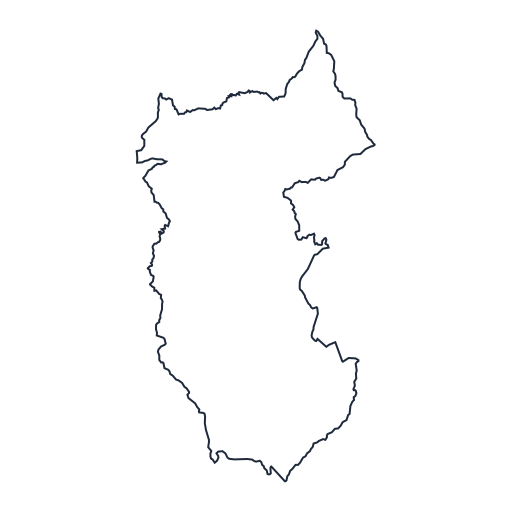 La Vega, Cundinamarca, Colombia (Natural Earth projection)
{"feature_id": "7082276B26976888039358", "entity_name": "La Vega", "entity_type": "district", "adm_level": 2, "iso_a3": "COL", "parent_name": "Colombia", "parent_adm1": "Cundinamarca", "projection": "natural_earth1", "projection_center": [-74.344, 4.982], "detail": "fine", "context": "isolated", "style": "outline", "palette": "slate", "viewbox_px": 512, "rotation_deg": 0, "n_neighbors": 0, "source": "geoboundaries", "source_scale": "gbopen_adm2", "svg_char_len": 6032}
<svg xmlns="http://www.w3.org/2000/svg" viewBox="0 0 512 512"><path d="M323.1,38.8L320.3,35.6L318.0,31.7L316.2,30.7L315.7,32.6L317.4,36.0L317.4,38.9L315.5,41.2L313.3,45.9L308.8,51.6L306.2,58.3L305.0,59.8L304.4,63.2L302.4,66.9L301.9,69.7L299.3,71.1L296.9,73.7L295.2,76.7L294.2,77.2L292.7,77.1L292.1,78.2L289.5,80.2L289.1,81.7L287.2,84.1L285.7,89.0L285.6,93.3L284.2,96.5L279.0,96.8L277.3,99.1L276.3,97.9L273.5,100.2L266.1,93.1L263.7,93.6L262.8,92.9L261.3,92.9L260.4,93.5L259.5,92.2L258.7,92.4L257.3,91.6L253.6,91.9L252.4,91.1L251.6,91.7L250.6,91.7L249.9,92.4L249.4,90.8L248.6,90.5L247.8,91.8L244.8,93.2L239.1,92.1L238.5,92.9L239.1,94.6L236.9,93.8L235.7,95.5L233.8,94.9L233.0,95.2L231.9,94.1L230.8,94.1L230.2,94.8L231.3,95.7L231.3,96.3L228.6,96.1L228.9,97.4L227.0,98.0L226.3,101.4L223.3,102.6L222.5,103.6L222.2,105.0L220.8,105.5L220.1,108.5L218.0,108.2L215.8,109.2L214.3,107.6L212.5,109.3L207.0,110.0L205.2,108.8L198.3,108.4L194.1,110.3L192.7,110.1L190.1,112.0L186.9,110.5L186.3,112.1L184.9,112.5L184.0,113.8L180.1,113.8L178.6,114.4L176.7,109.8L176.2,109.2L174.9,109.0L174.6,106.6L173.0,105.4L172.0,99.6L168.8,98.2L166.2,99.5L165.0,98.5L162.7,98.2L161.7,97.0L161.5,94.0L160.5,93.6L158.3,98.6L158.9,103.9L158.1,108.1L158.8,109.8L157.9,112.5L157.9,117.3L157.6,118.4L155.8,121.1L148.4,127.5L146.1,131.6L143.0,134.0L141.9,135.5L141.7,136.9L142.2,138.0L144.3,139.8L144.3,145.9L141.2,150.2L136.7,151.1L137.3,158.0L137.1,162.7L142.1,162.4L145.1,160.9L147.7,160.4L150.8,158.8L152.8,158.4L156.2,159.2L162.3,159.4L164.6,161.2L166.3,161.5L165.1,162.7L160.9,164.3L157.5,163.8L156.2,165.0L154.4,165.7L153.8,166.9L152.6,167.4L151.8,168.9L148.5,170.4L145.4,175.8L143.2,178.1L145.6,181.7L147.1,182.6L148.6,186.1L151.8,188.8L151.2,190.4L151.5,192.5L153.7,195.1L154.5,201.7L155.4,201.6L156.7,202.6L158.1,202.8L159.6,204.3L161.7,208.2L163.2,209.3L163.4,211.5L165.6,213.4L167.0,217.9L169.0,219.5L169.9,221.3L169.1,222.4L168.1,226.2L165.1,225.0L164.6,226.1L165.1,228.6L161.7,229.2L163.8,231.2L163.6,232.5L161.7,233.6L160.5,231.6L159.1,231.9L159.2,232.8L160.3,233.8L159.6,236.3L160.3,238.9L160.1,240.2L159.1,241.9L157.8,242.3L156.3,243.6L154.4,243.7L152.7,246.3L152.6,247.6L153.6,250.4L152.9,253.4L154.0,255.8L153.5,258.1L152.3,259.5L152.3,261.6L150.9,263.0L152.0,264.4L152.1,265.3L151.7,265.9L149.8,266.2L147.8,268.2L148.1,268.9L149.9,269.9L149.8,271.8L151.1,275.0L153.3,275.9L153.7,276.8L152.8,281.5L150.1,284.0L150.0,284.5L152.2,286.6L154.3,287.7L154.4,290.8L156.2,290.4L159.2,294.0L161.1,294.8L160.8,298.2L161.8,299.4L162.6,301.8L162.1,303.7L162.0,309.3L160.2,315.4L160.4,318.0L159.2,320.1L159.3,322.0L157.0,323.5L156.1,324.8L156.0,329.2L157.0,332.8L156.8,335.5L163.5,337.8L164.6,339.2L165.7,343.7L164.7,344.8L161.0,346.5L158.5,349.5L157.9,351.8L159.3,355.5L159.3,360.0L161.2,362.5L162.4,362.3L163.4,362.9L164.5,368.2L168.1,369.7L169.4,371.1L170.2,374.0L172.7,375.6L176.1,379.6L178.4,380.3L182.1,382.9L184.4,386.8L186.6,388.3L189.1,392.0L189.0,393.0L187.4,394.8L188.5,398.1L195.1,403.3L197.3,407.2L199.3,409.4L198.9,411.4L199.2,412.4L203.1,412.9L204.5,413.6L205.1,416.4L204.8,423.2L206.0,430.1L208.9,439.7L209.0,441.7L208.2,447.2L211.3,451.0L210.4,453.7L210.5,456.9L210.9,458.1L211.5,459.0L212.5,459.3L214.7,462.7L217.0,460.8L218.4,457.7L218.2,456.0L216.5,453.3L218.2,451.6L222.5,451.2L225.4,453.4L227.5,457.6L229.2,458.8L234.5,459.4L247.4,459.0L252.2,459.6L254.3,461.1L256.1,461.6L259.8,460.8L261.3,462.1L262.1,464.8L263.7,466.1L264.4,468.4L266.7,470.3L267.5,473.9L268.4,474.4L270.0,474.2L270.8,473.2L270.4,468.3L270.8,466.8L271.3,466.5L284.9,481.3L285.8,481.1L286.5,480.3L287.3,476.2L288.8,474.6L290.2,470.8L292.3,469.0L295.5,464.9L298.0,464.9L300.2,462.5L303.0,457.6L305.5,456.3L307.1,453.3L310.0,451.1L310.7,449.3L312.8,446.8L313.6,443.5L317.3,442.4L318.6,441.1L323.0,439.1L325.4,439.8L327.0,437.2L326.8,435.8L327.5,434.1L331.8,432.3L334.9,428.8L338.2,428.4L340.7,425.7L342.7,422.1L346.5,420.1L348.1,415.1L349.6,413.9L350.4,406.0L352.3,401.8L354.0,400.0L353.7,397.2L355.4,395.9L356.4,393.1L355.7,390.7L355.0,390.1L353.8,390.2L353.4,389.2L354.9,385.6L354.2,382.0L356.3,378.4L355.9,373.8L356.7,370.4L355.7,363.8L356.9,362.0L358.4,361.2L358.4,360.1L355.6,358.4L348.6,358.0L342.9,361.7L342.2,361.1L335.3,342.2L329.0,344.8L326.3,346.8L317.5,338.9L316.3,341.0L314.9,340.6L312.8,338.4L311.9,337.2L311.6,335.3L312.5,331.3L313.4,329.8L313.6,326.9L317.9,313.6L317.2,307.8L316.6,307.2L312.9,308.5L311.3,307.5L309.9,304.9L308.4,303.6L305.1,297.4L304.8,295.6L301.8,290.9L300.1,289.6L299.7,288.1L299.8,282.4L300.6,279.1L302.2,276.3L307.8,269.1L314.1,255.4L314.7,254.8L317.3,254.2L322.8,248.7L328.6,247.6L327.7,244.9L326.2,244.3L325.4,243.4L326.4,239.8L325.6,238.1L324.6,238.4L322.1,241.2L322.1,244.2L321.4,244.9L317.9,244.7L316.8,243.2L315.3,244.3L314.1,241.4L314.4,240.1L313.9,237.9L314.6,235.1L314.0,233.7L311.0,235.0L309.3,234.7L307.4,236.2L307.2,237.4L306.5,238.2L302.8,237.2L301.3,239.6L298.7,239.7L297.7,239.1L295.4,233.0L295.9,231.9L299.2,230.8L299.2,225.2L297.6,221.4L295.4,218.9L295.1,216.6L295.8,214.0L294.7,213.0L294.3,211.3L292.7,209.6L294.3,207.2L293.0,204.9L291.0,203.4L291.1,200.9L290.7,200.3L287.6,197.9L283.9,196.8L283.3,192.5L284.4,191.2L285.3,189.0L286.6,189.5L290.1,188.6L290.8,187.6L292.1,187.4L294.8,183.2L298.3,182.1L299.3,180.8L301.7,182.1L305.8,181.9L307.7,182.9L311.1,179.4L315.0,179.7L316.3,178.5L319.4,177.7L320.2,178.1L321.2,179.9L323.2,179.7L325.1,180.7L328.4,179.2L328.9,177.5L331.1,177.9L333.9,177.0L337.5,170.0L343.0,167.2L344.8,164.7L344.9,161.8L350.2,156.1L352.8,154.6L360.4,154.0L365.5,149.1L370.9,146.5L372.9,146.1L375.3,144.4L374.5,144.5L373.4,143.5L370.9,140.0L369.1,138.9L367.3,136.6L367.1,135.1L365.2,131.8L364.5,128.6L361.2,124.6L359.7,120.2L356.6,117.3L356.2,114.3L356.6,108.8L355.2,105.0L355.4,102.6L354.5,99.9L352.2,99.7L350.3,98.4L344.3,98.5L342.6,96.8L342.5,93.8L341.9,92.3L338.4,90.9L337.6,88.2L335.2,85.9L334.5,82.6L335.6,79.6L335.5,75.6L335.0,73.9L333.3,71.3L333.9,68.4L334.3,61.3L331.2,54.9L328.5,53.1L326.8,52.9L326.5,46.0L325.7,44.3L324.1,43.7L323.1,38.8Z" fill="none" stroke="#1e293b" stroke-width="2"/></svg>